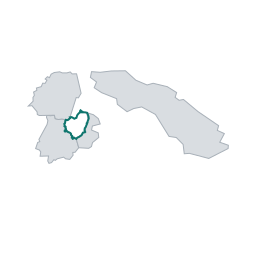 Lithuania shown with its bordering countries, rotated 105°
{"feature_id": "LTU", "entity_name": "Lithuania", "entity_type": "country or territory", "adm_level": 0, "iso_a3": "LTU", "parent_name": "Europe", "parent_adm1": "", "projection": "mercator", "projection_center": [24.055, 55.152], "detail": "fine", "context": "with_neighbors", "style": "outline", "palette": "teal", "viewbox_px": 256, "rotation_deg": 105, "n_neighbors": 4, "source": "natural_earth", "source_scale": "50m", "svg_char_len": 3731}
<svg xmlns="http://www.w3.org/2000/svg" viewBox="0 0 256 256"><g transform="rotate(105 128 128)"><path d="M73.4,145.3L79.8,132.8L81.5,120.7L78.3,115.3L77.9,100.8L81.2,90.2L86.2,90.4L88.0,85.8L86.1,81.8L94.0,64.7L102.3,41.1L107.2,41.1L108.5,33.5L118.0,35.7L118.7,26.6L121.9,26.0L136.5,42.1L136.6,62.1L138.3,67.0L129.6,70.5L124.7,78.9L125.5,86.2L107.8,105.0L104.1,120.2L107.7,127.5L112.5,133.1L107.9,144.4L102.6,146.6L100.7,162.6L97.9,171.1L91.7,170.3L88.9,177.4L83.0,177.8L81.4,169.3L77.2,158.8L73.4,145.3Z" fill="#d9dde1" stroke="#a8b0b8" stroke-width="1"/><path d="M159.8,170.5L165.1,172.8L165.9,175.0L168.5,174.0L173.4,176.1L173.9,180.3L172.8,182.6L176.0,188.3L178.1,189.9L177.8,191.4L181.2,192.9L182.6,195.2L180.6,197.0L175.6,197.5L178.0,205.6L173.7,206.1L172.2,207.9L171.8,211.9L165.3,211.5L164.0,209.7L162.1,211.1L145.5,207.1L141.6,207.3L138.8,209.5L136.4,209.8L136.3,206.2L134.7,202.4L137.8,200.7L137.8,197.4L136.4,194.2L136.2,190.4L141.1,190.5L146.5,187.2L147.7,182.3L151.8,179.5L151.4,175.5L159.8,170.5Z" fill="#d9dde1" stroke="#a8b0b8" stroke-width="1"/><path d="M136.2,190.4L136.4,194.2L137.8,197.4L137.8,200.7L134.7,202.4L138.9,216.9L138.4,219.1L135.9,220.0L131.3,226.5L132.6,230.0L126.7,226.6L123.1,227.7L120.7,226.9L117.7,228.5L115.2,225.8L113.1,226.8L110.5,222.5L106.8,222.0L106.3,219.6L102.8,218.7L102.1,220.7L99.3,219.1L99.7,216.9L95.9,216.2L93.5,213.6L91.4,208.5L91.8,205.7L90.6,201.3L88.8,198.3L90.2,196.0L89.0,191.7L106.6,182.3L111.7,183.7L112.0,185.9L132.4,186.8L135.0,187.8L136.2,190.4Z" fill="#d9dde1" stroke="#a8b0b8" stroke-width="1"/><path d="M155.4,158.5L157.8,160.7L159.8,170.5L151.4,175.5L146.5,171.2L143.8,170.6L143.1,168.7L129.7,169.0L123.9,171.8L124.1,164.9L126.6,159.1L131.3,155.9L135.3,162.9L139.4,162.7L140.4,155.5L144.7,153.8L151.2,158.5L155.4,158.5Z" fill="#d9dde1" stroke="#a8b0b8" stroke-width="1"/><path d="M132.6,186.6L132.4,186.2L132.1,185.4L132.2,184.8L132.3,184.2L132.9,182.4L132.9,182.1L132.4,181.6L131.9,181.2L131.6,180.5L130.4,180.4L129.4,180.4L129.1,180.4L128.1,180.1L127.1,179.6L126.5,179.3L125.9,178.9L125.6,178.5L125.2,178.6L124.9,178.6L124.7,177.9L124.9,176.9L124.5,175.5L124.0,173.7L123.9,171.9L123.9,171.4L125.2,170.4L127.0,169.2L127.3,169.1L128.9,168.4L129.1,168.4L130.5,168.5L131.7,168.7L132.6,168.7L133.1,168.5L133.6,168.6L134.0,169.1L134.3,169.1L134.7,168.7L136.8,169.0L137.3,169.0L137.8,169.1L138.8,169.4L139.4,169.7L140.6,169.5L141.2,169.5L141.5,169.4L142.3,168.6L142.7,168.5L143.0,168.3L143.3,168.5L143.5,169.1L144.2,170.3L144.9,170.5L146.8,170.9L147.2,171.1L148.2,172.1L148.9,172.6L149.3,173.0L149.9,173.8L150.3,174.3L150.9,174.7L151.6,175.0L151.9,175.1L151.8,175.5L151.7,176.1L151.5,177.0L151.2,177.7L151.2,177.9L151.4,178.2L152.3,178.3L152.7,178.4L152.8,178.6L152.6,178.8L152.3,179.0L152.1,179.2L151.9,179.8L150.3,179.7L150.1,179.9L150.0,180.2L150.0,180.5L149.7,180.9L149.3,181.3L148.7,181.4L148.2,181.7L147.8,182.4L147.5,183.4L147.5,184.2L147.5,184.6L147.5,184.8L147.3,185.0L147.0,185.7L146.7,186.4L146.6,186.8L146.6,187.0L146.9,187.0L147.4,187.1L147.6,187.4L147.7,187.8L147.7,188.1L147.6,188.3L147.3,188.4L146.7,188.5L146.4,188.3L146.3,188.1L146.5,187.8L146.4,187.4L146.1,187.1L145.7,187.5L145.3,187.5L144.7,187.8L144.4,188.3L144.1,188.5L143.2,188.4L142.9,188.6L142.8,189.7L142.7,189.9L141.9,189.8L141.2,190.2L140.4,190.6L140.0,190.3L139.7,190.1L139.3,190.1L138.8,190.2L138.5,190.2L138.1,190.2L137.4,190.4L136.6,190.3L136.2,190.2L136.2,189.6L136.2,189.0L136.0,188.4L135.6,187.9L135.2,187.6L134.6,187.2L134.2,187.1L133.9,186.8L133.8,186.7L133.6,186.5L133.2,186.3L132.9,186.2L132.6,186.6ZM123.4,178.5L123.2,178.4L123.7,177.4L124.0,176.8L124.1,175.8L124.2,175.5L124.2,175.9L124.2,176.7L123.8,177.9L123.4,178.5Z" fill="none" stroke="#0f766e" stroke-width="2"/></g></svg>